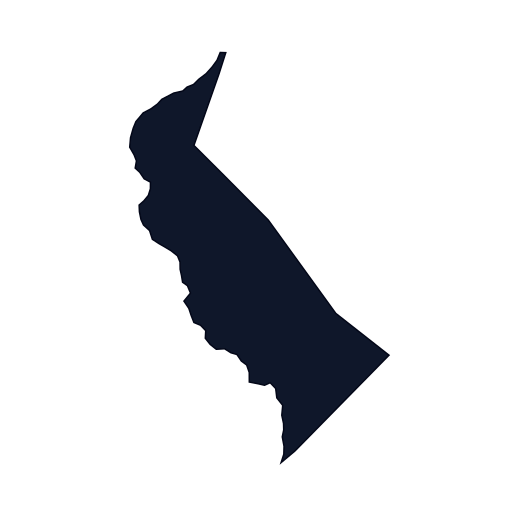 outline of Pedra Branca, Paraíba, Brazil, rotated 164°
{"feature_id": "56859067B10838680132800", "entity_name": "Pedra Branca", "entity_type": "district", "adm_level": 2, "iso_a3": "BRA", "parent_name": "Brazil", "parent_adm1": "Paraíba", "projection": "albers", "projection_center": [-38.064, -7.465], "detail": "fine", "context": "isolated", "style": "filled", "palette": "ink", "viewbox_px": 512, "rotation_deg": 164, "n_neighbors": 0, "source": "geoboundaries", "source_scale": "gbopen_adm2", "svg_char_len": 1123}
<svg xmlns="http://www.w3.org/2000/svg" viewBox="0 0 512 512"><g transform="rotate(164 256 256)"><path d="M234.3,287.2L264.3,341.8L285.2,379.4L241.4,441.2L229.0,459.8L234.3,461.5L239.5,454.9L246.2,449.7L253.7,445.0L262.2,441.7L268.8,438.1L275.7,437.4L280.9,434.8L290.2,435.3L303.3,432.6L308.9,429.2L316.9,426.3L324.9,424.7L334.4,418.3L338.8,412.7L344.0,404.3L347.4,395.4L345.3,386.9L344.7,380.4L347.9,373.8L344.7,368.6L342.2,361.0L337.1,356.1L339.0,349.7L342.8,343.9L348.6,339.9L354.3,337.2L355.9,330.6L356.5,322.9L355.6,316.8L351.3,309.8L351.0,300.6L345.8,294.6L341.9,290.6L336.2,284.5L331.4,277.8L330.7,271.1L332.6,264.1L333.0,257.7L333.8,251.0L330.1,246.4L329.2,238.4L337.7,232.5L335.0,224.2L334.7,216.8L334.0,209.2L328.4,204.7L324.9,198.1L327.4,190.9L324.4,183.6L319.9,177.3L311.8,175.5L306.8,169.9L301.5,166.6L299.0,159.0L295.0,153.8L294.6,145.9L297.2,136.7L289.0,132.5L283.4,129.4L277.3,130.3L273.6,123.2L275.1,113.9L271.5,105.1L275.1,95.8L275.7,87.4L277.3,81.2L280.6,74.9L281.5,65.4L283.9,57.8L288.8,50.5L272.4,57.8L155.5,124.0L195.1,178.8L234.3,287.2Z" fill="#0f172a" stroke="#020617" stroke-width="1.5"/></g></svg>